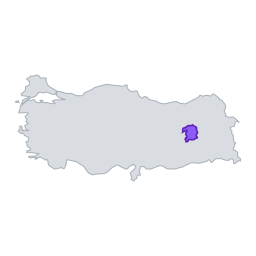 Bingöl highlighted on a map of Turkey
{"feature_id": "TUR-2308", "entity_name": "Bingöl", "entity_type": "Province", "adm_level": 1, "iso_a3": "TUR", "parent_name": "Turkey", "parent_adm1": "", "projection": "albers", "projection_center": [40.639, 39.029], "detail": "fine", "context": "in_parent", "style": "filled", "palette": "violet", "viewbox_px": 256, "rotation_deg": 0, "n_neighbors": 0, "source": "natural_earth", "source_scale": "10m", "svg_char_len": 4536}
<svg xmlns="http://www.w3.org/2000/svg" viewBox="0 0 256 256"><path d="M200.0,95.1L203.6,96.4L204.8,95.4L208.0,95.5L211.0,96.1L212.6,94.0L214.6,94.2L215.1,95.2L216.0,95.6L219.2,98.3L218.8,98.6L219.6,99.6L222.2,100.2L222.5,101.6L224.6,103.6L225.8,106.8L225.2,109.0L224.1,110.5L225.9,115.2L225.4,115.9L228.7,117.3L232.8,116.9L234.1,117.6L238.2,121.2L239.3,122.6L236.5,120.9L235.0,122.6L234.4,126.3L230.1,127.2L230.8,129.6L232.0,130.7L231.7,133.0L232.1,133.9L233.3,135.4L233.2,137.5L233.8,139.6L233.9,142.2L235.8,143.0L235.0,144.2L233.2,149.6L233.3,150.0L234.7,150.1L237.9,152.4L237.4,153.3L237.9,156.7L240.6,158.8L240.3,159.9L240.4,161.0L238.4,160.6L234.6,163.8L234.1,163.7L233.6,162.7L233.3,159.7L232.4,158.9L231.1,158.8L229.0,160.3L227.0,160.3L225.1,160.1L219.9,158.3L218.0,159.0L216.0,158.4L212.2,162.2L211.0,162.5L210.4,160.7L209.0,159.6L207.3,161.1L200.7,162.9L197.6,163.3L193.9,162.7L190.8,162.9L182.3,167.0L174.2,169.1L167.0,168.8L163.0,166.2L160.0,165.5L150.6,169.1L146.0,168.8L144.6,167.1L141.1,166.3L140.3,167.8L139.4,171.5L140.5,175.0L138.5,175.1L137.2,175.8L136.7,178.4L134.9,179.3L134.2,180.8L133.9,180.9L131.0,179.4L131.9,178.2L130.3,173.3L131.3,171.9L135.2,168.2L135.3,166.0L133.7,164.3L128.8,166.9L128.3,168.0L127.2,168.8L125.4,169.0L117.2,164.8L112.0,167.7L107.4,172.1L104.1,173.6L94.5,174.2L92.8,174.9L89.6,173.7L87.8,172.2L83.9,166.5L76.1,161.6L67.6,159.7L66.7,160.7L66.0,164.8L64.2,168.5L63.4,168.8L61.6,167.6L54.7,169.1L49.3,165.9L48.4,164.6L47.7,160.0L46.9,159.5L45.9,160.1L45.0,159.9L41.2,157.4L39.0,157.0L37.4,158.7L35.2,159.2L35.2,158.7L36.2,157.5L32.8,157.3L30.8,158.0L28.5,157.0L28.7,156.6L30.8,156.2L35.4,156.2L38.7,153.6L27.9,152.2L26.7,152.7L26.8,151.1L27.5,150.5L30.4,150.3L30.4,149.0L28.9,147.4L27.1,146.4L26.7,143.0L25.9,142.0L26.1,141.6L27.9,141.3L28.7,139.0L28.6,137.5L25.4,135.7L24.6,135.7L23.9,134.3L22.6,133.1L21.2,133.7L18.1,131.2L18.9,129.9L19.8,130.1L20.1,129.0L19.7,127.1L19.9,126.1L20.7,126.0L21.6,126.3L22.3,127.5L22.0,129.6L22.8,131.0L23.6,129.9L25.1,130.8L28.0,130.6L28.6,130.1L26.5,129.9L25.9,129.3L24.7,125.5L26.6,124.8L28.1,123.3L25.9,121.8L26.7,119.6L25.1,116.6L28.3,113.6L28.2,113.1L27.4,112.7L18.9,112.9L19.0,111.3L19.8,110.1L20.3,106.8L20.9,105.1L22.5,104.8L24.8,102.5L28.3,99.9L31.5,100.4L32.9,99.8L34.8,100.0L35.2,101.3L36.7,102.4L39.6,102.7L41.1,102.1L40.0,100.4L41.7,100.1L43.0,100.7L42.1,102.2L42.4,102.4L46.3,102.5L50.2,103.4L54.6,103.8L55.2,103.3L52.3,101.2L54.5,100.0L55.6,99.9L64.9,99.7L65.0,99.3L59.5,97.9L56.8,95.6L56.2,94.4L57.1,91.9L57.8,91.3L59.8,91.5L66.5,93.5L71.5,93.4L76.6,95.7L81.7,95.8L82.9,95.2L84.4,92.8L92.0,89.5L94.7,87.5L106.2,84.3L122.8,86.3L125.8,84.8L127.5,85.5L127.0,86.5L127.0,87.5L128.9,90.1L131.8,91.7L136.0,90.8L137.4,91.3L138.7,95.3L141.2,97.7L142.4,98.0L144.0,96.7L145.5,96.6L148.0,98.0L148.8,99.4L156.8,101.3L158.4,102.6L163.8,103.9L176.0,101.4L180.4,103.3L184.1,103.9L185.7,103.7L190.5,101.4L192.1,100.2L195.1,99.1L198.9,96.6L200.0,95.1ZM46.4,78.3L45.9,80.0L46.3,82.0L47.6,84.8L49.1,86.4L56.8,91.1L55.2,94.3L53.1,94.5L46.3,92.0L43.3,93.0L41.3,92.3L38.4,92.5L37.3,94.4L35.0,96.5L29.0,98.5L23.0,103.4L21.4,103.8L22.4,102.0L22.6,100.3L25.1,98.7L28.5,97.7L29.5,96.6L21.6,95.6L21.1,93.7L21.9,93.5L25.0,90.8L25.4,89.6L25.7,86.5L29.0,85.2L29.4,84.5L29.4,81.4L26.7,79.2L26.9,78.4L29.1,77.9L30.6,76.0L33.7,76.1L35.3,75.3L38.0,75.1L40.9,78.2L44.9,77.8L46.4,78.3ZM18.8,102.5L16.1,102.5L15.4,101.9L16.3,101.1L18.5,100.9L19.0,101.9L18.8,102.5Z" fill="#d9dde1" stroke="#a8b0b8" stroke-width="1"/><path d="M187.9,126.1L188.5,125.9L189.0,125.3L189.7,125.6L190.8,125.7L191.9,125.3L192.2,125.0L192.5,124.8L192.9,125.0L194.0,126.1L194.9,126.5L195.7,126.6L196.2,127.2L196.7,128.1L196.4,128.7L196.3,129.0L196.5,129.5L196.7,129.9L196.7,130.1L196.7,130.6L196.9,131.1L197.2,131.3L197.5,131.9L197.6,132.6L197.4,133.2L196.6,134.2L196.2,135.4L196.5,136.3L196.8,136.7L197.2,136.9L197.3,137.3L197.4,137.7L196.8,138.1L195.4,138.7L193.9,139.6L193.1,139.8L191.1,139.8L190.5,139.6L190.0,139.6L188.9,139.7L188.2,140.1L188.1,140.5L188.1,140.9L187.8,141.5L187.3,141.7L185.9,141.7L185.9,141.0L185.8,140.3L185.1,139.4L185.7,137.8L186.1,137.8L186.5,138.0L186.7,137.6L186.8,137.0L186.9,136.4L186.7,135.9L186.0,135.0L185.7,133.8L185.9,132.7L186.5,131.9L187.0,130.9L186.7,130.2L185.7,130.6L185.3,130.8L182.6,132.2L182.8,131.7L182.9,131.2L182.6,130.1L182.7,129.7L182.8,129.3L182.9,128.5L183.1,128.2L183.7,128.0L184.5,128.1L184.8,127.8L184.9,127.5L185.4,127.3L186.0,127.3L186.5,126.9L186.9,126.2L187.1,126.0L187.6,126.1L187.9,126.1Z" fill="#8b5cf6" stroke="#5b21b6" stroke-width="1.5"/></svg>